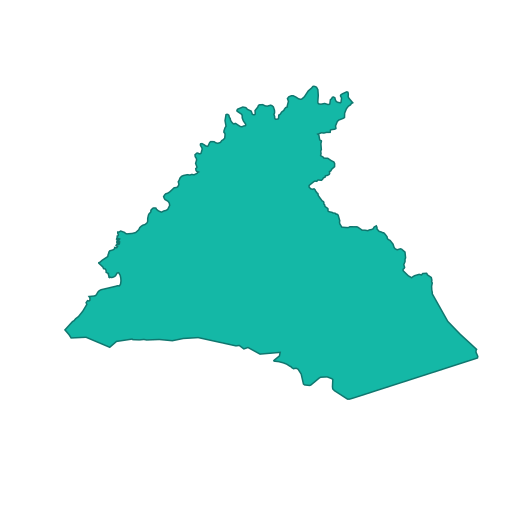 Gontougo, Zanzan, Ivory Coast, rotated 80°
{"feature_id": "98640826B5040161076408", "entity_name": "Gontougo", "entity_type": "district", "adm_level": 2, "iso_a3": "CIV", "parent_name": "Ivory Coast", "parent_adm1": "Zanzan", "projection": "natural_earth1", "projection_center": [-3.58, 7.921], "detail": "fine", "context": "isolated", "style": "filled", "palette": "teal", "viewbox_px": 512, "rotation_deg": 80, "n_neighbors": 0, "source": "geoboundaries", "source_scale": "gbopen_adm2", "svg_char_len": 6146}
<svg xmlns="http://www.w3.org/2000/svg" viewBox="0 0 512 512"><g transform="rotate(80 256 256)"><path d="M121.9,134.1L116.8,137.1L115.2,137.6L112.6,137.0L110.9,137.0L110.5,137.2L110.1,138.3L111.3,142.8L112.0,144.4L112.5,144.8L113.0,145.0L115.2,144.3L119.2,145.5L119.8,146.4L118.7,149.1L117.6,150.2L116.1,150.7L113.8,150.9L112.8,152.3L113.0,153.3L114.3,154.3L115.0,155.6L119.1,156.9L119.4,157.4L119.3,158.9L117.7,161.9L117.8,165.7L117.1,167.8L116.2,168.4L115.0,168.4L108.7,166.8L103.0,166.2L100.3,167.1L99.2,168.7L98.8,170.1L99.0,170.7L100.2,172.0L102.5,175.9L107.6,180.7L109.5,183.9L109.4,185.0L108.5,186.9L106.5,189.0L104.6,191.6L104.3,193.3L104.9,196.0L106.4,197.7L109.3,197.2L113.7,199.2L114.6,199.2L115.0,201.0L116.5,202.7L117.4,203.2L118.7,205.8L120.6,207.5L121.2,209.1L124.3,209.9L124.9,210.6L124.8,212.9L123.7,213.7L122.0,213.4L119.5,213.8L119.0,213.2L117.6,212.7L115.6,212.5L112.2,213.0L110.7,214.2L110.0,215.4L110.4,218.9L109.7,221.0L108.1,223.1L107.7,226.6L108.5,227.7L109.6,228.3L112.6,231.7L115.5,232.0L116.3,232.3L116.6,232.8L116.5,233.9L115.8,235.0L112.5,235.6L110.0,239.1L108.6,239.8L108.0,240.5L107.0,243.1L108.2,248.6L109.2,249.5L110.1,249.5L113.9,245.6L115.3,245.2L117.6,245.6L120.7,245.0L124.4,243.3L125.7,243.6L125.9,244.1L125.8,245.4L126.3,247.4L125.7,249.1L122.0,253.0L121.8,253.5L122.1,254.7L121.8,255.4L120.3,256.5L118.0,257.5L116.3,257.5L114.5,258.2L112.7,258.3L111.7,259.2L111.4,260.0L111.6,261.0L117.3,263.0L123.0,263.0L124.4,264.3L127.4,265.9L128.8,266.1L129.6,265.4L131.1,265.4L134.4,266.3L135.7,267.9L136.4,269.7L138.0,271.3L138.4,274.1L137.5,276.0L136.1,277.5L135.5,280.8L136.2,281.9L139.2,284.0L139.6,284.8L138.6,286.9L137.9,287.2L135.9,289.7L135.9,291.1L136.9,291.5L137.7,291.4L140.1,290.5L141.5,290.5L145.3,292.3L145.7,293.5L145.2,294.7L144.5,295.4L144.4,296.4L145.7,298.5L147.7,298.6L149.6,297.8L151.1,297.8L154.3,299.4L158.1,298.7L158.6,298.8L159.5,300.2L161.3,300.2L162.2,299.8L163.3,298.1L163.6,299.0L164.3,299.5L165.3,303.0L164.5,305.0L164.8,307.0L164.0,309.5L164.1,313.4L164.6,315.5L166.0,317.3L168.2,318.6L169.4,319.7L171.8,319.5L172.8,319.9L174.4,321.3L174.7,322.5L174.6,324.8L178.0,330.0L178.8,332.1L179.1,334.2L180.1,335.5L181.5,336.7L183.4,336.3L184.6,335.8L186.7,333.3L188.2,332.4L189.3,332.2L191.2,332.2L194.7,334.8L195.5,336.6L195.6,338.8L196.4,341.6L194.5,344.4L192.7,345.9L191.4,346.3L190.9,348.3L191.1,349.5L192.7,351.6L193.2,351.5L194.5,352.1L196.0,354.1L197.0,354.8L200.1,356.1L203.2,356.7L204.4,357.5L205.7,359.7L206.0,362.1L206.7,363.7L207.8,365.5L209.8,366.9L212.0,370.4L212.3,373.9L211.8,379.3L211.1,380.6L210.0,381.3L207.9,384.9L208.6,386.6L208.4,388.0L209.4,388.2L211.3,387.8L212.0,388.2L212.3,389.3L213.2,389.3L215.2,390.4L215.5,390.1L215.1,389.5L215.0,388.2L215.5,387.3L216.0,387.6L216.3,389.1L217.0,390.3L217.3,390.4L217.4,388.6L218.1,388.1L218.3,390.5L218.8,390.8L219.8,390.3L219.9,389.9L219.1,388.3L219.4,388.1L220.5,388.6L220.8,389.5L220.4,390.6L220.7,391.5L221.4,392.0L222.6,390.7L223.7,391.7L223.1,393.7L223.8,393.7L224.7,394.7L225.2,396.1L225.5,399.1L226.7,400.3L227.8,400.5L228.5,401.2L230.8,402.1L233.5,408.3L235.0,410.7L235.3,412.0L235.7,412.1L240.3,408.7L242.0,408.3L242.5,406.8L244.2,406.1L246.1,406.4L247.6,404.4L248.0,404.7L250.6,404.3L251.1,404.6L251.9,403.9L251.6,403.0L252.1,402.1L252.1,400.7L251.7,399.1L251.1,397.8L248.7,395.8L248.5,394.5L248.7,394.1L251.4,393.1L254.4,393.0L257.1,393.3L260.2,394.3L261.7,395.7L261.2,397.9L261.4,398.5L262.3,414.4L263.0,416.5L264.1,418.0L266.3,419.8L267.1,420.9L267.3,422.5L266.9,427.5L268.5,426.8L270.8,427.3L271.3,428.4L270.7,429.6L272.4,431.4L274.3,431.0L280.2,436.1L284.8,441.3L286.5,444.6L288.1,446.4L288.7,448.1L295.6,457.0L301.0,453.8L304.6,452.3L306.5,437.5L320.5,415.9L315.9,408.2L316.3,392.5L317.0,391.8L318.4,385.2L318.7,380.9L319.7,378.3L321.4,365.8L324.9,353.1L324.6,341.9L326.3,327.1L341.0,291.4L341.2,288.0L345.4,284.1L344.7,279.8L353.3,269.1L355.1,248.9L358.5,250.3L361.6,255.9L362.1,256.6L362.7,256.4L364.0,251.9L365.9,247.8L367.8,244.6L370.4,241.8L371.0,240.7L371.8,240.5L373.6,238.5L373.4,237.2L373.7,235.6L374.8,234.2L380.1,232.0L390.3,231.5L391.4,230.5L392.8,225.7L392.6,224.4L387.1,214.8L386.6,213.4L387.4,206.9L389.8,202.9L390.9,201.8L398.0,203.4L400.2,203.5L402.3,202.1L412.8,190.8L413.2,188.8L412.8,185.2L394.9,55.6L393.4,55.0L388.8,56.1L386.5,55.4L386.2,55.0L368.1,68.8L353.7,78.5L323.8,89.0L322.5,88.7L320.1,88.8L316.2,88.3L313.2,87.1L311.7,87.5L310.3,87.0L307.6,87.1L304.3,90.5L302.9,90.8L302.6,91.1L302.2,94.9L303.4,96.3L302.4,98.5L302.9,103.0L303.4,104.6L304.4,106.5L301.9,109.5L296.3,113.5L295.3,113.7L294.5,113.3L293.9,112.3L293.0,111.6L290.2,112.0L287.4,110.2L285.1,109.8L283.8,109.0L278.0,108.6L274.6,111.4L274.0,112.5L274.4,115.9L273.1,117.7L271.6,118.5L268.1,119.0L264.0,121.2L262.7,122.9L261.5,123.6L259.8,123.6L256.9,125.1L255.3,126.2L255.0,127.4L254.3,128.1L253.1,130.5L250.5,132.1L248.7,131.9L247.2,132.3L248.0,134.6L249.6,136.0L250.0,137.6L250.0,139.9L250.5,141.4L249.5,144.3L249.0,147.0L245.5,150.5L244.8,151.5L243.5,158.5L244.0,159.7L243.9,161.1L242.5,166.5L238.8,167.9L237.1,167.9L235.9,167.4L230.1,168.0L229.1,168.6L228.7,170.0L228.2,170.0L227.6,170.7L227.0,172.7L226.3,173.4L225.2,176.1L224.5,177.1L223.6,177.3L222.2,176.9L221.4,177.3L219.2,179.5L217.5,179.5L216.5,180.2L215.2,179.9L214.2,180.1L213.2,181.3L207.3,184.2L205.2,184.2L204.2,185.2L203.5,185.3L202.9,185.9L201.3,186.2L199.9,187.2L200.2,188.7L199.7,189.4L199.7,190.1L197.5,191.7L196.1,191.6L195.4,190.9L192.7,185.9L192.5,184.9L193.0,183.2L191.9,181.7L192.8,178.4L192.0,177.1L190.8,176.1L190.3,174.2L189.1,173.7L189.0,171.6L188.4,169.9L187.7,169.2L185.6,169.0L185.3,167.7L183.5,166.1L181.7,163.1L178.7,162.5L176.9,163.0L175.1,165.4L172.2,168.4L171.7,171.1L171.2,172.3L170.4,172.6L168.5,174.8L168.0,174.9L166.6,174.2L163.7,174.0L162.7,173.2L156.7,172.6L154.2,171.6L153.8,171.7L153.0,172.9L152.5,173.1L147.8,173.1L146.7,174.0L146.0,170.2L146.7,167.8L146.5,165.1L147.1,161.5L144.9,160.8L144.7,160.2L144.8,156.7L144.5,155.4L144.2,155.1L141.7,155.1L137.7,152.6L136.5,150.9L135.6,146.3L135.0,144.8L130.7,143.9L126.7,141.4L124.5,139.0L123.6,136.7L122.4,135.6L121.9,134.1Z" fill="#14b8a6" stroke="#0f766e" stroke-width="1.5"/></g></svg>